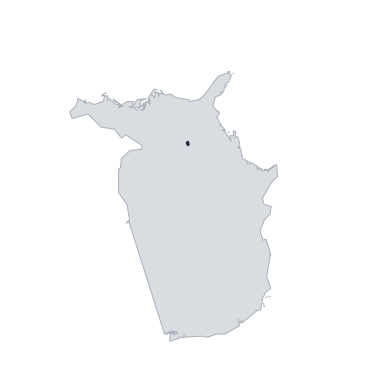 location of Williamson, Tennessee, United States of America, rotated 239°
{"feature_id": "52423323B14548385416818", "entity_name": "Williamson", "entity_type": "district", "adm_level": 2, "iso_a3": "USA", "parent_name": "United States of America", "parent_adm1": "Tennessee", "projection": "orthographic", "projection_center": [-86.823, 35.875], "detail": "fine", "context": "in_parent", "style": "filled", "palette": "slate", "viewbox_px": 384, "rotation_deg": 239, "n_neighbors": 0, "source": "geoboundaries", "source_scale": "gbopen_adm2", "svg_char_len": 4193}
<svg xmlns="http://www.w3.org/2000/svg" viewBox="0 0 384 384"><g transform="rotate(239 192 192)"><path d="M294.6,147.4L312.4,143.0L316.6,127.1L323.6,128.4L325.8,137.3L331.0,142.5L324.7,146.0L324.7,147.7L323.2,145.9L322.2,149.8L317.4,153.2L315.4,162.8L319.1,166.2L321.1,165.3L320.3,163.7L321.1,164.4L321.6,166.3L315.8,168.6L314.3,166.7L314.2,169.6L307.3,171.3L302.5,175.7L302.8,173.5L302.1,172.3L301.3,177.4L302.9,178.0L303.0,182.3L300.0,188.1L295.8,185.2L297.7,181.6L295.3,184.2L296.8,187.9L298.7,189.8L299.2,192.2L295.5,201.4L296.3,195.8L292.1,191.0L293.9,185.3L290.5,187.3L292.6,195.3L288.8,193.2L287.6,193.6L288.5,190.9L288.4,190.2L287.3,192.3L287.5,194.0L293.2,196.6L292.1,198.1L289.4,195.6L288.4,195.2L291.8,198.3L293.2,198.8L292.6,200.9L290.8,199.5L293.7,202.3L293.1,202.8L291.7,201.4L288.3,201.0L292.7,203.5L295.3,203.1L298.7,210.3L295.8,204.8L296.9,208.5L291.9,208.2L295.8,211.5L297.5,210.3L295.6,213.9L290.7,213.2L293.8,214.6L291.4,216.6L294.5,217.5L289.1,218.8L286.7,224.5L281.7,226.4L272.4,237.0L271.1,236.0L267.7,245.2L267.5,247.5L269.4,254.3L277.7,274.1L275.5,285.0L271.7,285.8L267.7,280.3L266.8,275.6L261.2,270.3L263.0,267.8L260.4,268.0L261.3,260.9L254.8,254.0L245.2,255.9L243.5,251.8L234.0,251.5L235.2,249.9L233.5,251.5L229.2,252.2L229.2,249.0L228.4,251.3L215.4,251.6L220.9,253.3L218.9,256.2L223.1,259.1L220.9,260.6L216.3,256.6L215.9,259.6L209.5,258.1L206.0,254.2L203.8,255.9L194.5,252.5L188.8,256.1L190.3,255.1L187.4,253.8L185.6,258.7L179.6,261.4L181.0,260.6L177.3,259.7L178.5,261.5L173.9,263.2L171.8,268.5L169.9,267.4L171.4,269.1L171.3,274.2L172.8,277.5L171.4,278.4L161.2,273.3L159.6,265.6L150.3,249.1L144.8,247.4L138.8,252.4L132.8,247.4L130.9,240.0L123.8,230.3L114.1,228.1L113.5,231.1L98.2,227.4L81.2,212.6L68.7,209.9L68.4,204.3L64.8,197.8L55.7,190.3L56.9,186.7L54.1,167.7L55.0,166.2L55.9,168.9L56.1,165.1L59.7,166.2L53.0,163.9L53.2,147.1L57.6,139.9L59.5,130.6L63.6,125.8L71.6,110.4L74.3,112.1L71.5,109.9L74.4,106.0L73.3,105.6L75.6,95.9L81.9,100.5L78.3,104.6L82.2,102.3L80.1,106.0L78.0,106.3L79.1,107.0L81.2,105.9L83.5,102.1L84.5,95.3L198.7,122.5L199.1,120.0L201.0,124.4L214.7,129.9L229.1,128.7L248.8,140.4L249.8,143.5L256.8,148.3L259.5,160.2L254.9,170.2L257.4,173.3L275.4,164.5L274.3,160.0L275.8,159.1L285.7,157.8L294.6,147.4ZM309.7,173.0L312.7,172.1L302.4,176.5L310.7,171.7L309.7,173.0ZM83.2,99.2L83.0,102.1L82.7,102.5L82.3,100.0L83.2,99.2ZM172.7,276.6L171.7,272.0L172.0,269.5L172.0,272.1L172.7,276.6ZM325.5,146.2L325.8,147.6L325.2,147.4L325.5,146.2ZM206.1,255.5L206.3,256.6L205.3,255.7L206.1,255.5ZM58.4,195.8L59.7,195.6L59.8,195.8L58.4,195.8ZM57.3,194.9L56.6,195.4L56.4,194.7L57.3,194.9ZM318.6,168.3L317.9,169.3L317.7,169.2L318.6,168.3ZM173.0,267.2L172.0,269.1L174.3,265.4L173.0,267.2ZM275.2,267.6L276.8,271.5L274.9,267.2L275.2,267.6ZM63.5,201.2L63.7,202.5L63.4,201.3L63.5,201.2ZM276.2,285.5L275.0,286.9L276.9,284.1L276.2,285.5ZM299.4,212.8L298.3,214.5L298.9,210.6L299.4,212.8ZM83.2,96.8L82.9,97.5L82.6,97.0L83.2,96.8ZM178.5,262.3L176.3,263.0L178.5,262.0L178.5,262.3ZM321.5,168.2L321.6,169.2L320.7,169.2L321.5,168.2ZM62.6,204.1L62.6,205.5L62.4,204.2L62.6,204.1ZM175.8,263.8L174.9,264.2L175.7,263.5L175.8,263.8ZM298.9,193.9L297.9,196.2L299.0,193.1L298.9,193.9ZM188.1,256.9L186.8,257.6L188.8,256.4L188.1,256.9ZM268.0,246.3L267.8,248.0L267.7,246.8L268.0,246.3ZM295.0,217.7L294.5,218.1L295.7,216.7L295.0,217.7ZM248.7,255.5L247.1,256.4L246.4,256.2L248.7,255.5ZM228.6,251.9L228.3,252.2L227.3,252.1L228.6,251.9ZM265.1,275.8L265.3,277.0L264.8,275.6L265.1,275.8ZM224.4,254.2L224.1,255.2L224.1,253.3L224.4,254.2ZM272.6,288.6L271.7,288.7L272.9,288.3L272.6,288.6ZM302.8,183.0L302.3,184.1L302.9,182.6L302.8,183.0ZM297.4,214.9L296.9,215.3L297.4,214.9Z" fill="#d9dde1" stroke="#a8b0b8" stroke-width="1"/><path d="M234.1,212.9L234.1,213.1L234.0,213.7L235.1,214.1L235.4,214.2L235.6,214.2L235.6,214.3L235.9,214.4L236.1,214.5L236.3,214.6L236.6,214.7L237.0,214.6L236.9,214.6L236.9,214.4L237.0,214.4L237.1,214.2L237.1,214.3L237.1,214.1L237.4,214.1L237.4,213.9L237.4,213.6L237.3,213.2L237.3,212.9L237.2,212.8L236.9,212.6L236.7,212.6L236.5,212.4L236.4,212.4L235.6,212.3L235.1,212.7L234.9,212.3L234.2,212.3L234.1,212.8L234.1,212.9Z" fill="#64748b" stroke="#1e293b" stroke-width="1.5"/></g></svg>